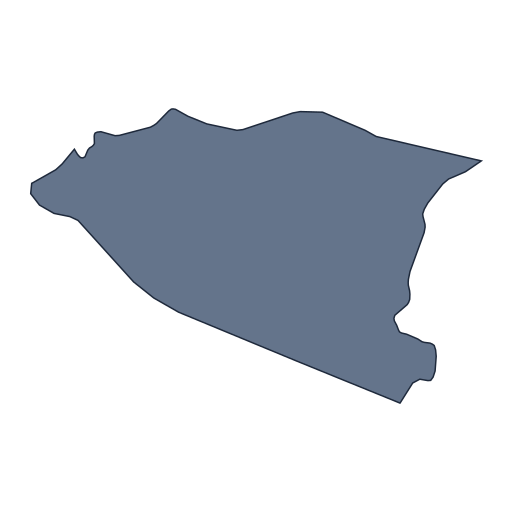 an SVG outline of Melaka
{"feature_id": "MYS-1145", "entity_name": "Melaka", "entity_type": "State", "adm_level": 1, "iso_a3": "MYS", "parent_name": "Malaysia", "parent_adm1": "", "projection": "albers", "projection_center": [102.321, 2.293], "detail": "fine", "context": "isolated", "style": "filled", "palette": "slate", "viewbox_px": 512, "rotation_deg": 0, "n_neighbors": 0, "source": "natural_earth", "source_scale": "10m", "svg_char_len": 1212}
<svg xmlns="http://www.w3.org/2000/svg" viewBox="0 0 512 512"><path d="M400.0,403.1L296.8,361.1L178.6,312.2L153.8,298.0L133.7,282.0L78.0,220.4L69.9,216.6L54.0,213.4L39.5,205.1L30.7,193.7L31.7,183.3L32.0,183.2L55.7,169.8L62.1,164.0L74.4,149.2L77.3,154.1L78.7,155.8L80.6,157.6L82.9,157.9L85.0,156.8L87.8,150.1L89.5,148.0L92.0,146.5L93.3,145.3L94.4,143.6L94.2,136.1L94.5,134.3L95.2,133.0L97.3,132.1L100.9,131.7L115.1,135.7L119.3,135.4L150.4,127.2L153.9,125.3L156.5,123.5L168.7,111.0L171.3,109.1L173.0,108.9L175.5,109.3L188.0,116.3L206.8,123.9L236.9,130.3L242.9,129.6L292.7,113.0L300.2,111.6L322.6,112.2L365.1,130.3L376.2,136.5L481.3,160.9L465.5,171.7L448.6,179.0L442.7,184.0L427.8,203.0L424.3,209.2L422.7,213.9L423.0,216.5L425.0,224.4L425.1,227.2L424.1,232.7L410.0,271.5L408.4,279.4L408.2,282.3L408.3,285.1L409.6,290.8L409.9,294.2L409.7,299.4L408.6,302.4L407.2,304.6L394.8,315.3L393.9,318.4L394.4,321.0L396.7,325.3L398.5,330.0L399.5,331.9L401.5,333.0L406.6,334.2L418.0,339.1L421.9,341.7L424.4,342.4L430.0,343.1L432.3,344.1L434.2,345.5L435.6,349.9L436.2,356.3L435.1,371.0L433.1,377.1L430.7,380.4L427.9,380.6L419.8,379.2L412.7,383.0L400.1,403.0L400.0,403.1Z" fill="#64748b" stroke="#1e293b" stroke-width="1.5"/></svg>